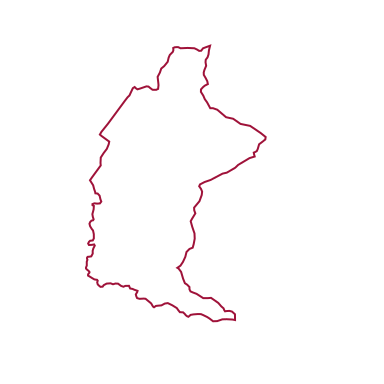 San Bautista, Canelones, Uruguay, rotated 215°
{"feature_id": "84410073B38212099909840", "entity_name": "San Bautista", "entity_type": "district", "adm_level": 2, "iso_a3": "URY", "parent_name": "Uruguay", "parent_adm1": "Canelones", "projection": "mercator", "projection_center": [-55.97, -34.418], "detail": "fine", "context": "isolated", "style": "outline", "palette": "rose", "viewbox_px": 384, "rotation_deg": 215, "n_neighbors": 0, "source": "geoboundaries", "source_scale": "gbopen_adm2", "svg_char_len": 3233}
<svg xmlns="http://www.w3.org/2000/svg" viewBox="0 0 384 384"><g transform="rotate(215 192 192)"><path d="M282.3,143.1L276.8,140.8L274.0,138.4L271.5,136.6L270.4,135.5L268.4,136.6L265.6,136.0L262.8,133.5L260.8,132.1L260.9,129.8L263.0,128.1L265.5,126.7L266.6,125.0L265.9,124.1L264.4,124.3L262.6,121.3L260.9,116.7L258.9,114.7L256.9,113.2L256.8,112.1L257.9,110.9L258.2,109.1L257.8,107.2L255.8,105.5L252.8,104.2L251.0,103.7L248.3,101.2L247.0,99.4L245.8,97.7L245.5,95.4L247.5,93.6L247.8,92.1L247.5,90.2L246.0,89.5L243.7,91.3L242.1,92.9L240.9,92.3L240.4,89.0L239.6,86.8L238.0,84.6L237.6,81.5L238.8,80.3L240.3,79.0L240.3,78.0L239.7,77.1L238.8,76.5L238.2,74.5L236.0,71.4L235.5,69.3L234.9,68.5L233.5,68.2L231.7,68.1L230.3,67.8L229.8,67.2L229.9,65.0L229.2,63.9L226.6,64.1L224.3,64.2L221.8,64.4L219.4,65.6L218.3,65.2L217.9,63.7L216.3,62.3L215.0,62.0L212.6,61.8L210.9,63.2L210.9,65.0L209.4,68.0L206.3,70.5L203.8,71.1L202.2,73.1L200.0,74.5L196.2,74.4L193.8,75.1L192.8,76.8L189.8,79.0L188.2,78.0L187.3,77.5L185.1,78.5L183.0,78.9L179.9,79.8L179.5,78.7L179.3,75.9L177.8,74.6L176.1,73.6L173.7,74.4L170.4,77.0L168.8,77.9L161.5,77.3L159.6,76.4L158.2,75.8L157.0,75.8L156.2,78.0L154.5,79.5L152.0,81.6L150.3,85.0L148.1,87.1L143.2,87.9L137.9,88.2L135.4,87.3L133.0,86.6L130.3,88.3L128.1,88.0L126.4,87.5L124.8,87.4L123.4,87.7L123.0,89.1L122.7,90.5L120.7,92.5L117.2,95.4L114.6,97.1L112.2,97.6L110.3,97.9L107.8,98.3L105.0,98.4L100.6,98.2L97.3,100.7L94.1,105.1L90.6,107.7L85.6,110.8L83.3,111.8L86.7,116.5L90.6,117.0L93.1,116.1L95.4,114.3L96.5,113.2L98.0,113.8L99.4,114.8L102.4,115.1L106.8,116.2L115.7,116.2L118.2,114.1L121.9,111.5L129.8,111.2L133.7,110.2L136.2,109.7L138.2,110.8L139.6,112.7L142.8,113.3L145.5,113.2L149.6,115.9L155.1,120.3L159.1,121.6L160.5,121.5L159.2,125.0L159.3,129.5L160.3,135.1L162.1,139.7L161.4,143.9L159.5,146.8L160.7,150.2L163.0,155.3L166.2,159.5L171.8,163.6L176.3,167.3L176.6,170.0L177.0,176.4L179.7,178.3L181.3,180.4L180.6,188.7L182.3,195.1L183.9,198.1L186.4,199.7L189.4,200.8L189.8,202.8L187.4,207.4L183.7,212.5L177.5,224.6L174.6,227.8L170.5,236.7L169.7,240.8L166.8,247.2L164.3,252.8L161.0,257.0L162.8,258.5L164.0,259.7L163.4,260.6L162.4,262.6L162.8,264.9L164.4,269.6L163.3,273.0L162.1,277.1L163.2,279.3L169.6,279.7L182.3,279.5L191.3,275.6L200.3,275.6L207.0,272.8L218.5,273.9L222.8,272.7L225.1,271.1L231.1,274.1L234.8,275.4L238.0,277.4L242.1,279.1L243.5,281.2L243.1,284.3L242.5,286.5L240.9,289.5L243.0,291.5L246.2,293.2L249.5,294.7L251.0,296.7L251.8,299.0L252.3,301.3L252.8,303.5L255.3,306.0L256.6,308.2L256.5,311.2L257.4,314.2L259.3,317.6L261.1,322.2L263.7,318.5L265.4,316.0L265.5,313.0L267.1,311.7L269.5,311.6L272.5,311.1L278.2,307.5L283.8,303.2L286.5,302.7L288.0,301.6L289.2,300.6L290.0,299.2L288.6,297.5L288.1,295.8L288.8,291.6L288.2,288.7L286.6,284.7L287.0,279.1L288.0,275.5L286.8,271.4L286.2,266.6L282.4,262.3L280.7,260.3L279.4,257.9L278.9,257.0L280.0,255.1L283.0,253.1L285.8,253.2L288.1,253.4L289.9,252.4L293.9,246.9L295.6,244.8L297.7,244.8L299.2,245.1L300.0,243.1L299.2,238.5L298.6,235.2L299.1,232.7L299.3,228.1L300.0,199.6L300.7,189.3L300.4,186.2L298.4,186.0L288.7,185.8L287.6,183.3L286.5,178.5L286.7,173.3L286.5,167.9L283.6,163.3L282.0,161.4L282.3,146.9L282.3,143.1Z" fill="none" stroke="#9f1239" stroke-width="2"/></g></svg>